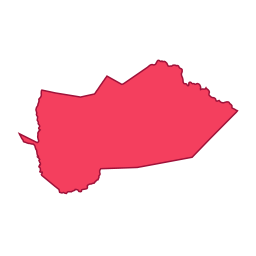 Baianópolis, Bahia, Brazil (orthographic projection), rotated 274°
{"feature_id": "56859067B57298755452364", "entity_name": "Baianópolis", "entity_type": "district", "adm_level": 2, "iso_a3": "BRA", "parent_name": "Brazil", "parent_adm1": "Bahia", "projection": "orthographic", "projection_center": [-44.418, -12.672], "detail": "fine", "context": "isolated", "style": "filled", "palette": "rose", "viewbox_px": 256, "rotation_deg": 274, "n_neighbors": 0, "source": "geoboundaries", "source_scale": "gbopen_adm2", "svg_char_len": 4245}
<svg xmlns="http://www.w3.org/2000/svg" viewBox="0 0 256 256"><g transform="rotate(274 128 128)"><path d="M159.8,39.4L158.9,39.0L157.7,39.0L156.4,39.0L155.3,39.2L154.3,39.2L153.4,39.0L152.4,38.5L151.4,37.7L150.6,37.1L150.0,37.1L149.3,37.3L148.4,37.3L147.5,37.1L146.6,36.9L145.5,36.5L144.7,36.5L144.0,36.4L143.0,35.8L142.1,35.3L141.1,35.1L140.0,34.9L139.2,35.0L138.3,35.4L137.2,35.7L136.6,36.0L135.9,35.8L135.0,35.7L133.9,36.2L133.2,37.0L132.1,37.1L131.0,37.0L130.2,36.9L129.4,36.9L128.8,37.4L128.0,37.9L126.9,38.2L126.0,38.1L125.4,38.6L124.8,39.2L124.2,39.6L123.3,39.8L122.5,39.3L121.8,38.9L121.0,39.0L120.6,39.7L120.0,40.5L119.5,40.0L118.9,39.8L118.6,39.1L117.7,38.9L116.7,38.4L115.7,38.6L114.9,38.6L114.0,38.6L113.1,38.5L112.0,38.7L111.2,39.0L110.4,39.2L109.6,39.7L108.2,39.7L107.5,39.1L107.1,38.4L114.7,20.0L113.6,20.6L112.5,21.4L111.4,22.0L110.4,22.6L109.5,23.3L108.5,24.2L107.4,24.6L106.8,25.3L106.7,26.2L106.5,27.1L106.2,27.8L106.0,28.5L105.7,29.8L105.7,31.2L105.5,32.1L105.3,33.3L105.3,34.8L104.6,35.5L104.0,36.1L102.9,36.7L101.8,36.9L101.2,37.3L100.3,37.6L99.6,38.3L98.3,38.6L97.1,38.9L95.8,39.1L95.2,39.4L94.2,39.7L93.7,40.5L92.9,40.6L92.7,39.9L91.9,40.8L91.3,41.6L90.4,42.1L89.6,41.4L88.5,41.9L87.5,42.4L86.9,43.0L85.8,43.2L85.2,42.5L84.4,42.7L83.7,41.8L83.0,41.9L82.4,42.8L81.4,43.4L80.2,43.5L79.2,43.7L78.6,43.1L77.9,43.4L77.9,44.2L77.9,45.5L76.8,45.5L75.7,44.8L74.7,45.3L64.4,59.7L63.9,60.5L62.9,61.9L61.9,63.4L59.1,64.3L58.6,66.5L58.8,67.3L59.2,67.9L59.0,68.7L58.6,69.5L58.5,70.2L58.4,71.1L59.8,72.0L60.3,72.9L60.3,73.9L60.5,74.7L60.3,75.7L60.9,76.6L61.3,77.4L61.8,78.3L62.1,79.2L63.0,79.5L63.1,80.5L62.9,81.3L62.8,82.2L62.1,82.8L61.3,83.4L61.2,84.3L61.1,85.0L61.5,85.9L62.3,85.9L63.0,86.1L63.4,86.8L63.7,87.9L64.0,89.1L64.3,90.3L64.7,91.2L65.3,91.6L66.2,91.7L67.4,91.4L68.1,91.7L68.5,92.4L69.2,93.2L69.4,94.0L69.5,94.7L69.7,95.6L70.2,96.3L70.4,97.2L70.7,98.2L71.6,98.5L72.2,99.4L73.2,99.9L73.9,100.7L74.3,101.7L75.2,101.9L75.9,102.2L77.0,102.5L77.8,102.3L78.5,102.5L79.1,103.0L79.8,103.3L80.8,103.2L81.4,102.9L82.3,102.8L83.4,102.7L84.4,103.1L85.5,103.7L89.3,140.1L89.9,142.2L90.3,143.9L103.3,194.0L123.2,210.7L147.6,231.7L151.0,234.7L152.8,236.0L153.1,235.4L153.4,234.4L154.0,233.4L154.4,232.5L154.8,231.4L155.3,230.4L156.1,230.2L156.9,230.2L157.7,230.0L158.4,229.3L159.0,228.6L159.4,227.8L160.4,227.2L160.9,226.5L161.0,225.6L160.9,224.5L160.3,222.7L159.8,221.6L159.8,220.6L160.0,219.3L160.6,218.2L161.3,217.5L161.8,217.0L161.5,216.1L161.0,215.1L161.1,214.2L162.0,213.7L163.2,213.2L163.7,212.6L164.2,211.5L164.2,210.4L164.4,209.4L165.0,208.3L165.7,207.5L166.3,206.7L167.0,206.4L167.8,206.4L168.6,206.5L169.4,206.7L170.3,206.4L171.0,205.9L171.6,205.3L172.0,204.7L172.5,204.1L172.8,203.4L173.5,203.0L172.4,202.4L172.1,201.4L172.1,200.1L172.1,199.1L171.7,198.4L171.4,197.7L172.4,197.5L173.4,197.7L174.2,197.5L174.8,197.2L175.6,196.8L176.3,196.3L176.8,195.5L177.2,194.3L177.0,193.5L176.6,192.9L176.2,191.8L176.9,190.7L176.7,189.2L177.1,188.3L177.6,187.9L178.0,187.3L178.0,186.5L177.6,185.8L176.8,185.6L175.4,185.6L174.8,185.5L174.3,184.9L175.1,183.9L175.9,183.4L176.2,182.6L176.1,181.8L176.2,180.9L177.2,180.0L178.2,179.7L179.8,179.5L180.8,179.2L181.8,178.9L182.8,178.4L183.5,178.0L184.8,177.6L186.0,177.5L186.8,177.8L187.6,178.0L188.4,178.1L189.2,178.0L190.0,177.9L190.6,177.4L191.1,176.2L191.5,175.3L192.2,174.7L192.9,174.4L193.6,173.7L193.8,172.5L193.5,171.7L193.9,171.0L194.0,170.2L193.9,169.4L193.8,168.5L193.4,167.9L192.7,167.1L192.8,166.1L192.6,165.3L192.5,164.6L192.7,163.7L193.7,163.1L194.4,162.7L195.1,162.4L195.8,161.7L196.2,161.1L196.7,160.5L197.0,159.4L196.6,158.2L197.1,157.5L197.1,156.8L196.6,156.3L197.0,155.3L197.6,154.2L197.6,153.3L196.9,152.6L196.0,152.2L195.3,151.8L194.4,151.5L193.4,150.9L193.0,150.2L192.7,149.3L192.8,148.6L193.0,147.7L192.8,146.9L192.5,146.1L191.8,145.1L190.0,143.3L184.5,136.4L172.1,120.8L171.6,120.1L171.1,118.7L178.3,103.4L177.6,103.0L176.8,102.5L176.2,102.1L175.4,101.6L174.1,100.9L173.3,100.4L172.4,99.8L171.1,99.1L170.1,98.5L169.3,98.0L168.7,97.6L167.8,97.1L166.6,96.4L165.5,95.8L164.7,95.3L164.1,95.0L163.4,94.5L162.4,93.9L161.3,93.3L160.6,92.9L159.6,92.2L155.5,78.3L155.7,77.0L157.9,53.0L158.3,50.2L158.6,48.2L159.8,39.4Z" fill="#f43f5e" stroke="#9f1239" stroke-width="1.5"/></g></svg>